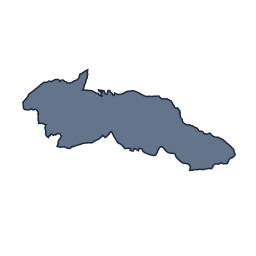 Micasasa, Sibiu, Romania (orthographic projection), rotated 56°
{"feature_id": "2599482B61682236556337", "entity_name": "Micasasa", "entity_type": "district", "adm_level": 2, "iso_a3": "ROU", "parent_name": "Romania", "parent_adm1": "Sibiu", "projection": "orthographic", "projection_center": [24.101, 46.097], "detail": "fine", "context": "isolated", "style": "filled", "palette": "slate", "viewbox_px": 256, "rotation_deg": 56, "n_neighbors": 0, "source": "geoboundaries", "source_scale": "gbopen_adm2", "svg_char_len": 5718}
<svg xmlns="http://www.w3.org/2000/svg" viewBox="0 0 256 256"><g transform="rotate(56 128 128)"><path d="M48.0,200.9L49.3,201.3L50.0,201.6L50.3,201.8L50.5,202.2L50.8,202.4L53.2,203.5L54.1,203.6L55.0,203.3L55.5,202.5L56.9,201.1L57.7,199.9L58.2,197.1L59.3,197.0L59.7,196.7L60.2,196.0L60.6,194.7L61.0,194.2L61.9,193.7L63.3,193.6L65.5,193.9L66.2,194.4L66.0,194.8L68.5,196.1L70.5,197.7L71.7,198.3L72.4,198.3L74.3,199.6L74.8,198.4L75.4,197.9L75.9,196.6L76.7,196.3L77.0,195.9L78.1,195.3L79.3,194.3L79.3,194.5L80.9,195.9L81.1,196.2L81.1,196.4L82.7,197.3L83.1,197.2L84.0,197.7L84.7,197.9L85.2,198.2L85.8,199.0L87.4,199.9L89.9,200.0L90.1,199.9L90.3,199.5L91.2,199.3L90.7,198.8L90.5,198.3L90.5,198.0L90.9,197.1L90.9,196.9L90.7,196.6L90.0,196.2L90.0,195.8L90.3,195.4L90.2,195.1L90.4,194.8L92.3,194.0L92.2,193.5L92.3,193.2L92.2,192.7L93.4,191.8L92.9,190.2L93.5,189.5L93.6,189.1L93.5,188.8L94.8,187.9L95.2,187.7L96.3,187.8L97.5,187.7L98.0,188.7L98.6,189.9L98.8,191.0L99.5,192.2L99.6,192.7L100.0,193.0L100.8,194.0L101.7,194.5L103.6,197.1L105.4,195.6L106.4,194.2L107.0,193.1L107.7,191.8L108.5,191.0L111.0,189.5L112.5,187.5L112.5,186.9L112.2,185.9L112.1,184.5L112.5,184.2L113.0,183.9L113.0,183.0L113.3,181.6L114.5,177.7L115.0,176.4L115.2,175.2L115.9,173.2L116.7,171.5L117.5,170.3L117.9,169.2L120.1,166.3L120.2,164.3L120.1,163.5L120.6,160.0L120.9,158.0L120.8,157.1L119.9,153.0L120.5,153.1L121.1,153.0L121.4,152.5L122.3,152.5L123.2,152.2L123.3,152.1L123.3,151.8L122.6,147.7L122.2,146.6L122.0,146.3L121.8,146.3L121.6,144.6L121.7,143.7L122.2,143.7L127.1,144.4L134.4,144.7L135.8,144.1L136.2,143.7L136.7,143.4L138.7,142.6L140.6,142.4L141.0,142.2L143.1,142.3L143.5,141.9L144.3,140.2L145.8,137.9L146.7,137.2L147.7,138.8L148.9,137.8L150.0,136.5L148.5,134.1L149.4,133.5L150.5,133.1L152.6,132.2L151.1,130.1L153.0,128.2L155.5,128.6L156.5,128.4L157.8,127.9L162.1,125.0L165.1,122.3L165.7,121.2L165.8,120.2L165.5,119.3L164.5,117.3L163.6,116.3L162.4,114.0L161.8,112.3L161.8,111.7L161.9,111.1L162.2,110.7L163.3,110.0L164.8,109.6L166.4,109.6L168.5,109.3L169.8,108.9L171.0,108.3L172.1,107.5L172.8,106.8L173.8,105.1L175.2,103.9L175.7,103.7L176.5,103.6L178.7,104.3L179.8,104.3L184.1,103.4L186.5,102.7L187.8,102.1L190.9,98.6L192.1,98.1L193.3,97.9L194.6,97.9L195.8,98.5L196.6,99.3L197.5,100.6L199.1,98.4L199.4,97.0L199.8,96.0L200.5,94.9L201.1,94.3L202.0,92.3L203.5,90.1L203.9,89.6L204.5,89.3L205.0,87.3L206.2,84.9L206.7,83.5L207.5,82.7L208.3,81.6L208.3,81.3L208.2,80.7L207.9,80.0L206.6,78.0L206.7,76.6L206.6,76.2L206.6,75.5L208.7,73.1L209.0,70.3L209.8,69.6L210.9,69.1L211.9,67.5L212.1,67.0L212.5,66.6L212.9,65.6L212.7,65.0L212.1,63.9L211.3,63.1L210.6,61.4L210.3,60.4L210.3,59.9L210.9,58.3L210.9,57.8L210.8,56.6L210.2,54.1L207.3,53.4L205.2,52.5L204.6,52.4L203.1,52.7L202.4,53.0L200.5,53.0L199.5,53.6L197.8,53.7L195.9,54.7L194.2,54.8L192.7,55.2L191.7,55.7L191.1,55.7L190.5,55.8L189.9,56.3L188.7,56.8L187.6,57.8L186.8,58.2L186.2,58.3L184.6,60.5L182.7,61.9L180.8,62.6L179.1,62.6L178.0,63.1L177.6,63.9L177.6,65.2L177.2,66.3L176.3,66.7L175.0,68.2L173.4,68.1L172.4,68.4L171.4,69.2L171.0,70.1L170.8,70.4L169.8,70.9L169.3,71.0L168.6,70.7L167.8,70.7L166.2,71.1L165.2,72.0L164.4,72.3L163.4,73.0L162.1,73.4L161.3,74.4L159.7,75.2L159.2,76.3L158.8,76.6L158.6,77.1L158.3,77.4L154.9,79.2L153.9,79.2L152.3,78.8L151.8,78.8L151.2,78.2L148.9,78.5L148.3,78.5L146.4,77.5L144.9,77.1L144.9,76.4L143.5,76.1L143.4,75.9L143.2,75.6L142.7,75.4L142.0,75.6L141.7,75.9L140.8,75.9L140.8,75.6L140.7,75.6L139.2,75.7L138.7,76.2L138.8,76.6L138.7,76.8L137.7,77.7L137.0,77.7L134.9,77.3L134.7,77.4L134.6,77.8L133.4,77.4L129.9,77.1L125.7,79.3L125.3,79.7L125.2,80.5L123.5,82.0L123.4,82.3L123.2,83.0L122.6,83.5L121.7,84.1L121.1,84.3L120.2,84.5L118.7,84.6L118.1,85.6L117.8,86.4L117.4,87.0L116.7,87.6L116.1,89.1L115.5,89.9L115.0,90.9L114.1,92.1L113.6,92.5L113.1,93.6L111.7,95.7L108.6,97.6L104.4,99.7L101.0,102.0L100.0,102.9L99.3,103.9L98.8,105.3L98.2,106.4L97.3,107.8L97.2,108.7L96.6,111.0L96.7,113.4L96.3,114.2L96.2,114.9L96.0,115.4L95.1,116.9L93.7,118.4L92.6,119.0L91.6,119.5L92.3,120.4L92.8,120.8L93.1,121.5L93.0,121.9L92.8,122.0L92.2,122.0L91.7,122.2L90.8,121.8L90.0,121.9L88.7,122.4L86.9,122.2L86.6,122.3L85.8,123.3L85.8,123.6L86.1,124.1L87.4,125.7L88.3,126.2L88.3,126.4L88.2,126.7L87.3,127.6L86.3,127.8L85.7,127.7L85.1,127.2L84.1,127.0L83.5,127.4L83.3,127.7L82.6,128.3L82.7,128.7L82.6,128.8L82.4,128.6L81.9,129.0L82.1,129.3L81.9,129.6L81.7,129.7L81.4,129.6L81.2,130.1L80.9,130.3L80.8,130.6L80.3,130.7L79.9,130.9L79.8,131.1L80.0,131.3L80.8,131.0L81.3,131.4L81.9,131.3L82.4,130.9L82.6,130.4L82.9,130.4L82.9,130.1L83.1,129.7L83.5,129.2L83.9,129.1L84.3,129.9L84.3,130.7L84.7,131.4L86.1,131.8L86.5,131.4L87.2,131.6L87.2,131.8L84.9,133.2L84.2,133.3L83.1,133.3L82.6,133.5L82.1,134.2L81.5,134.8L80.5,135.1L80.1,135.3L79.8,135.7L76.9,137.1L73.5,141.2L71.6,143.7L71.2,144.4L71.0,144.2L71.1,143.7L71.0,143.4L70.6,142.9L70.1,142.7L69.9,142.1L68.3,140.5L67.2,138.8L66.7,137.7L65.2,136.3L64.7,136.1L64.5,135.4L63.3,133.4L62.3,133.0L61.4,132.2L61.2,132.0L61.4,131.6L61.2,131.4L59.3,130.8L57.4,128.9L57.2,128.8L56.9,131.3L56.9,135.4L56.8,136.4L56.5,137.4L56.5,137.9L57.3,138.8L57.9,139.0L58.0,139.6L58.2,139.9L58.5,140.0L59.0,140.7L59.4,142.0L59.5,143.8L58.8,146.4L58.9,148.6L58.6,149.8L58.2,150.8L57.7,151.6L57.4,152.4L56.9,153.1L56.5,153.1L55.5,153.2L54.2,154.4L52.2,154.9L51.6,155.4L51.3,155.9L51.2,156.6L51.3,158.1L51.2,158.6L50.9,158.6L50.1,158.3L49.1,158.5L48.8,158.7L48.1,159.6L47.0,161.6L46.9,163.5L46.7,165.3L46.1,166.1L45.3,166.8L44.8,167.5L44.8,168.0L45.0,168.8L44.8,169.6L43.6,171.3L43.1,172.4L43.1,173.3L43.2,173.5L43.1,174.7L43.7,178.8L44.1,183.7L44.3,184.9L44.4,188.8L44.6,190.0L44.6,191.6L44.7,192.0L45.6,192.8L46.0,193.6L48.0,200.9Z" fill="#64748b" stroke="#1e293b" stroke-width="1.5"/></g></svg>